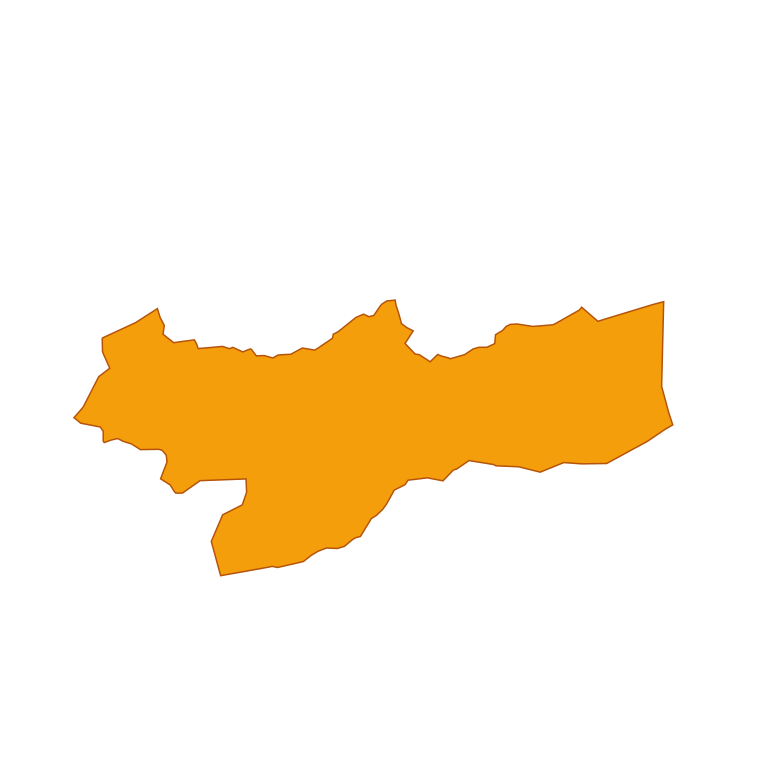 the district of Iseyin, Oyo, Nigeria, rotated 58°
{"feature_id": "59680162B71074793306885", "entity_name": "Iseyin", "entity_type": "district", "adm_level": 2, "iso_a3": "NGA", "parent_name": "Nigeria", "parent_adm1": "Oyo", "projection": "robinson", "projection_center": [3.548, 8.023], "detail": "fine", "context": "isolated", "style": "filled", "palette": "amber", "viewbox_px": 768, "rotation_deg": 58, "n_neighbors": 0, "source": "geoboundaries", "source_scale": "gbopen_adm2", "svg_char_len": 2006}
<svg xmlns="http://www.w3.org/2000/svg" viewBox="0 0 768 768"><g transform="rotate(58 384 384)"><path d="M200.3,562.3L195.8,598.1L196.3,599.0L206.9,605.3L208.9,605.9L225.3,608.2L226.6,622.0L243.9,650.9L244.9,653.6L248.3,664.8L256.6,661.9L270.1,647.4L275.4,647.2L283.5,652.3L285.4,652.3L287.0,645.0L289.1,638.8L294.5,635.5L300.2,630.6L300.9,630.0L310.6,625.3L320.1,609.5L322.9,607.2L329.0,606.4L335.2,609.4L346.0,623.7L356.4,618.8L364.2,618.8L366.2,618.4L369.7,612.7L368.5,591.2L391.4,551.3L403.0,557.9L411.4,568.2L409.4,590.1L426.0,613.9L460.0,624.1L478.8,577.3L479.2,575.7L483.2,571.5L491.7,546.9L491.8,546.3L490.8,536.8L490.8,533.5L490.9,528.5L492.6,519.7L498.8,510.7L500.7,503.5L499.2,492.8L499.4,489.3L500.8,484.8L491.4,466.0L491.4,460.0L489.6,451.5L487.1,445.3L479.4,431.5L480.5,419.5L478.3,414.6L486.6,396.9L497.4,385.3L493.8,371.2L493.8,370.3L494.6,367.6L494.0,352.5L510.4,333.7L512.7,332.4L525.6,313.6L541.5,298.3L545.9,273.2L556.6,258.5L569.4,237.3L572.2,191.0L571.4,169.8L571.7,160.8L558.8,157.6L533.1,149.8L462.4,103.2L459.1,113.8L446.5,160.5L444.2,169.4L423.6,175.7L424.8,179.0L423.7,205.3L423.3,209.4L414.1,227.2L403.7,239.3L400.4,245.2L399.9,249.8L401.4,255.0L401.3,263.3L408.4,268.7L407.4,277.2L403.1,284.1L401.5,289.9L401.8,300.1L397.7,314.5L396.1,315.4L390.3,320.9L387.4,322.8L389.6,333.1L377.7,338.6L375.2,341.7L360.8,344.7L354.4,331.1L348.0,334.9L342.1,337.2L335.6,335.2L330.7,333.8L324.0,332.2L318.7,330.2L318.7,330.3L315.1,337.5L315.1,342.9L315.7,345.5L320.5,356.3L319.0,361.0L313.9,364.4L312.7,372.6L315.2,393.8L315.3,396.1L314.9,400.7L316.4,402.0L317.9,403.5L318.6,421.0L318.5,424.8L318.2,425.2L310.2,434.2L309.6,444.0L309.4,447.3L306.4,452.6L303.3,458.5L303.0,464.5L296.4,470.5L293.7,475.2L292.6,477.3L284.7,478.1L283.8,478.4L283.4,478.9L283.0,480.7L282.0,486.7L272.8,492.8L272.1,496.4L266.6,501.0L255.5,522.8L250.7,521.7L246.1,521.4L241.3,531.9L237.5,540.5L224.7,545.0L217.9,539.3L208.8,538.6L200.0,536.2L200.3,562.3Z" fill="#f59e0b" stroke="#b45309" stroke-width="1.5"/></g></svg>